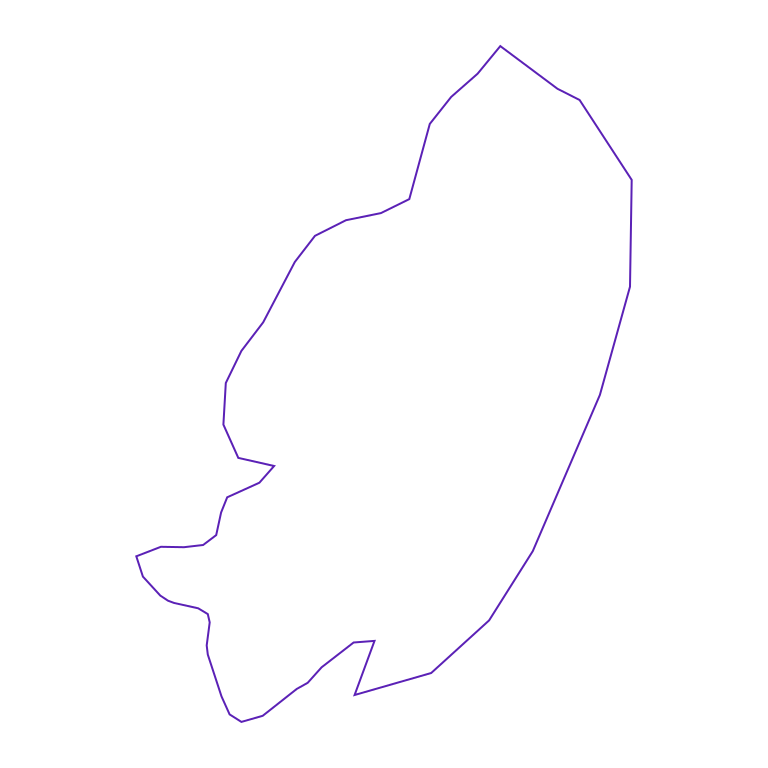 Guimaras, Albers equal-area conic projection
{"feature_id": "PHL-2530", "entity_name": "Guimaras", "entity_type": "Province", "adm_level": 1, "iso_a3": "PHL", "parent_name": "Philippines", "parent_adm1": "", "projection": "albers", "projection_center": [122.577, 10.591], "detail": "fine", "context": "isolated", "style": "outline", "palette": "violet", "viewbox_px": 768, "rotation_deg": 0, "n_neighbors": 0, "source": "natural_earth", "source_scale": "10m", "svg_char_len": 735}
<svg xmlns="http://www.w3.org/2000/svg" viewBox="0 0 768 768"><path d="M579.6,100.0L631.7,179.9L630.0,286.7L599.9,394.9L532.8,551.1L489.1,620.4L431.2,673.0L354.6,695.0L374.5,640.9L353.6,642.5L321.6,667.3L307.7,682.8L296.8,688.9L262.7,715.8L241.4,721.9L229.6,714.4L221.5,696.4L207.8,654.6L206.7,645.4L209.7,622.4L207.8,614.1L198.2,608.3L174.2,603.0L168.0,600.7L160.3,595.6L142.9,576.6L136.3,556.3L160.9,546.8L184.0,547.2L203.1,545.0L216.2,535.1L221.1,512.5L227.2,497.3L259.4,482.7L274.1,466.0L238.3,457.9L223.4,424.6L225.8,383.0L241.4,350.9L263.2,322.3L294.8,262.0L315.0,235.8L346.0,220.2L380.9,213.1L409.3,199.1L429.8,123.9L451.2,96.9L477.6,73.7L500.3,46.1L557.5,88.8L579.6,100.0Z" fill="none" stroke="#5b21b6" stroke-width="2"/></svg>